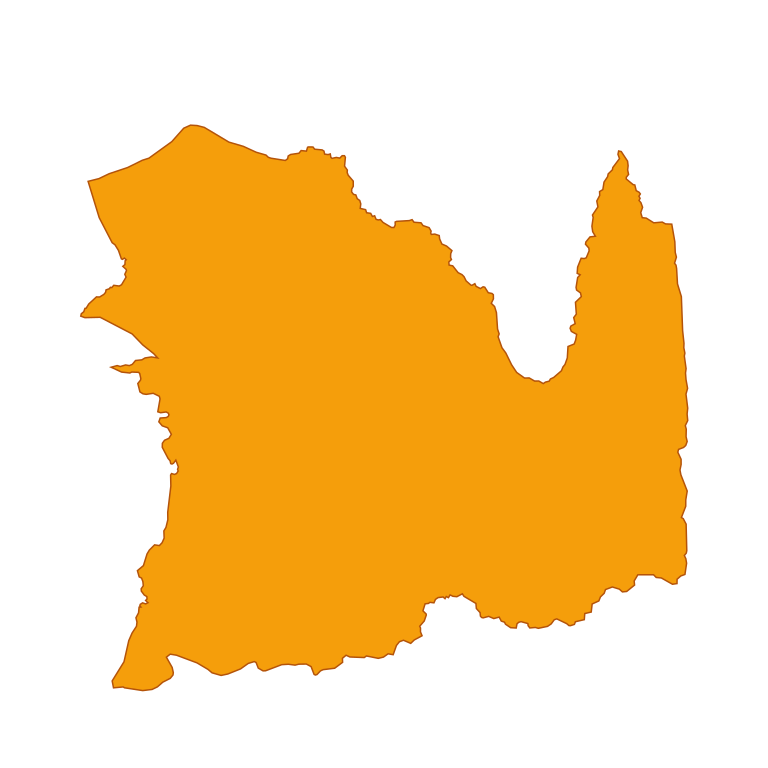 the district of Rio Quito (Paimadó), Chocó, Colombia, rotated 173°
{"feature_id": "7082276B43042384629965", "entity_name": "Rio Quito (Paimadó)", "entity_type": "district", "adm_level": 2, "iso_a3": "COL", "parent_name": "Colombia", "parent_adm1": "Chocó", "projection": "orthographic", "projection_center": [-76.811, 5.552], "detail": "fine", "context": "isolated", "style": "filled", "palette": "amber", "viewbox_px": 768, "rotation_deg": 173, "n_neighbors": 0, "source": "geoboundaries", "source_scale": "gbopen_adm2", "svg_char_len": 6134}
<svg xmlns="http://www.w3.org/2000/svg" viewBox="0 0 768 768"><g transform="rotate(173 384 384)"><path d="M653.0,621.2L646.4,583.8L636.6,557.4L634.0,554.9L631.3,549.0L629.4,540.2L628.4,539.6L626.3,540.6L624.7,538.7L625.9,537.9L626.6,534.1L628.9,532.6L626.0,529.2L625.8,527.9L627.9,524.5L627.0,521.5L632.4,514.5L634.9,513.5L640.2,514.9L642.4,512.9L643.8,513.3L645.1,512.0L648.4,511.3L649.2,508.9L651.1,507.1L655.7,505.0L658.8,505.5L667.3,499.4L670.4,495.5L671.6,495.5L673.2,492.3L675.9,490.6L676.7,488.3L672.8,486.3L657.6,484.8L627.9,464.4L618.7,452.2L608.9,442.2L605.5,437.5L611.5,439.2L618.0,439.0L621.4,437.5L627.8,437.6L631.4,434.2L634.5,433.3L638.2,434.4L643.6,433.5L646.6,434.8L652.8,433.9L643.0,427.8L634.9,425.9L632.9,426.6L626.2,425.5L625.2,424.2L624.7,419.0L625.2,417.5L628.3,414.5L627.2,405.9L624.4,403.6L621.3,402.7L614.2,402.9L608.5,399.2L608.1,396.5L611.9,384.0L609.2,382.7L603.6,382.8L601.7,381.4L601.2,379.7L602.1,378.1L604.2,377.2L610.3,377.5L612.1,373.9L609.2,369.5L604.0,366.9L601.2,360.0L604.1,356.3L608.7,354.9L611.2,352.2L611.8,348.2L607.4,336.5L605.7,333.9L605.4,331.0L604.2,330.4L602.6,331.0L599.9,333.8L598.2,326.7L599.3,324.5L598.9,322.7L600.8,320.4L603.0,319.8L605.8,321.0L606.9,319.6L608.0,308.7L614.3,283.0L615.1,275.6L617.9,268.2L620.4,265.0L621.0,257.8L623.6,253.5L626.7,251.0L631.3,252.3L637.1,247.8L639.9,244.2L644.9,233.1L651.5,228.8L650.5,222.4L648.3,220.9L647.4,217.3L647.5,213.1L650.0,210.3L650.1,208.0L647.7,203.8L645.3,201.9L645.4,199.5L647.0,198.2L644.9,195.7L647.3,194.8L650.3,196.2L652.8,195.0L653.4,193.5L652.5,192.3L654.3,192.3L655.5,186.8L658.7,182.2L658.2,177.8L659.2,173.7L664.4,167.5L668.6,160.4L675.9,140.0L690.0,122.4L689.5,115.4L679.8,115.1L678.6,114.1L660.8,109.1L651.4,109.1L645.8,111.0L639.9,115.0L632.0,117.9L628.9,120.9L628.3,123.2L628.8,128.5L633.3,139.4L629.1,141.9L623.0,140.1L603.6,130.0L593.5,122.2L589.9,118.3L581.2,114.6L574.3,115.2L561.1,118.7L552.8,123.2L546.6,124.3L544.9,123.2L543.4,117.3L539.0,114.0L536.4,113.8L519.7,117.9L513.1,117.5L506.5,115.8L502.7,116.3L495.2,115.5L490.8,112.4L488.8,104.3L487.6,103.5L485.9,103.8L482.0,107.0L479.2,107.9L467.6,107.9L459.0,112.8L458.7,116.8L454.7,119.4L451.1,117.2L436.9,114.9L434.6,116.2L423.1,112.4L417.8,113.0L412.8,115.7L407.9,114.2L403.5,123.0L400.1,126.3L395.9,127.3L389.1,123.3L385.1,126.3L376.9,129.5L378.0,133.5L377.5,137.4L378.1,139.2L372.9,143.9L370.2,149.5L370.2,150.6L373.0,154.1L370.0,160.8L366.6,160.8L365.1,161.7L361.1,160.7L359.2,163.9L356.4,165.4L351.3,165.4L349.6,163.5L348.1,165.5L346.1,164.1L344.1,166.6L341.5,164.9L337.6,164.0L331.8,166.2L330.5,163.5L319.5,155.0L319.7,149.9L316.5,145.4L316.6,141.9L315.6,140.4L314.1,139.8L308.4,140.6L303.6,137.8L298.1,138.6L296.5,134.4L293.4,132.9L292.7,130.8L288.0,126.7L282.5,125.7L281.2,129.8L279.2,131.1L276.9,131.4L270.4,128.7L270.4,126.5L269.0,124.1L263.4,123.9L260.6,122.7L251.2,123.5L247.3,125.5L243.7,129.3L241.1,129.8L231.9,123.9L229.9,121.7L228.4,121.4L224.3,122.2L223.0,124.7L213.9,125.7L212.7,131.7L206.1,132.4L204.2,140.3L197.2,142.5L195.1,146.3L191.0,149.4L189.2,153.0L182.1,154.7L175.4,151.7L172.7,148.6L168.4,148.5L159.8,153.9L159.7,158.0L155.3,163.7L139.7,161.8L137.4,158.8L132.4,157.7L122.1,150.1L117.5,150.2L116.9,154.5L112.8,157.3L108.5,158.3L105.5,169.2L105.7,173.8L106.8,177.2L104.6,179.3L103.8,181.6L101.2,208.1L103.4,213.9L105.1,215.2L99.4,225.9L98.6,232.2L96.1,240.8L100.4,257.7L100.7,262.6L98.9,267.9L98.3,273.1L100.7,280.5L99.6,283.2L94.4,284.5L92.0,286.2L90.1,290.0L90.6,294.9L89.5,302.3L90.0,306.0L87.0,310.7L86.8,317.3L85.5,323.0L85.5,337.2L83.2,342.7L83.7,351.4L83.4,358.2L82.3,362.4L82.5,375.1L81.6,378.0L82.0,383.5L81.3,387.8L81.1,400.6L78.2,434.5L80.5,447.6L79.5,463.0L79.7,466.4L80.9,468.5L78.3,474.3L78.9,479.1L78.0,489.7L78.9,507.6L85.1,508.6L88.1,510.8L96.6,511.1L103.5,516.7L107.4,517.6L108.3,522.8L105.8,527.9L106.9,532.7L108.5,535.1L107.2,537.1L108.1,539.3L106.4,541.4L107.4,543.2L110.1,545.2L110.8,551.0L112.4,551.5L118.6,558.0L118.3,559.7L115.7,562.2L116.1,566.8L115.1,570.9L115.1,575.5L120.2,585.8L122.7,586.7L123.8,583.5L122.8,579.0L130.5,571.0L131.2,568.8L135.9,565.2L136.8,562.5L141.0,557.6L143.1,550.3L146.6,548.7L146.9,544.9L150.5,539.7L150.1,533.7L156.5,526.3L156.1,523.8L158.4,515.3L158.3,509.7L156.2,504.9L161.6,504.9L166.3,500.4L167.0,498.2L164.1,493.9L164.2,491.1L167.9,484.6L170.0,484.1L173.0,484.8L177.6,476.4L178.8,470.3L176.0,468.5L178.8,466.1L181.6,456.5L181.4,453.8L177.9,450.5L177.5,446.7L184.0,441.8L184.6,429.9L187.6,426.8L186.9,420.6L191.5,418.7L192.5,416.6L191.6,413.3L186.7,409.8L188.5,404.1L190.4,400.5L196.8,398.8L198.9,387.5L202.0,381.3L204.3,379.1L206.3,375.5L214.8,369.8L218.2,368.7L219.7,366.7L223.6,366.2L225.9,365.0L230.0,368.1L234.2,368.6L239.1,372.3L243.8,372.8L250.9,379.3L255.0,387.5L259.3,399.9L262.5,405.6L265.0,417.0L263.6,419.7L264.6,424.7L263.7,441.1L264.8,447.4L267.7,451.0L265.0,455.2L264.6,459.3L265.8,460.7L269.4,461.9L272.2,467.8L273.8,468.4L276.7,467.0L280.7,469.7L281.6,472.5L284.7,471.2L285.7,471.6L289.9,476.3L291.5,480.8L293.3,483.1L296.9,485.5L301.4,492.9L304.9,494.1L304.8,497.2L301.9,499.3L302.5,501.4L301.9,505.3L300.3,508.1L305.1,513.3L309.5,515.9L311.1,521.2L311.1,524.6L315.3,526.6L318.8,526.7L319.3,528.1L318.6,530.0L320.2,533.7L326.0,536.5L327.6,539.5L334.5,540.9L336.1,543.7L339.0,543.1L351.7,543.9L353.2,543.4L353.5,540.3L355.1,538.1L357.6,538.5L365.3,544.5L367.5,547.7L369.6,547.5L371.8,548.4L372.8,552.1L375.1,551.7L376.4,555.0L380.4,556.1L381.0,559.3L386.2,561.2L385.1,565.6L385.7,569.1L388.0,571.2L388.9,575.1L391.1,575.9L392.7,578.5L392.3,581.4L390.4,584.0L389.8,589.1L394.1,595.6L394.8,598.5L394.3,600.8L396.6,605.0L394.7,613.7L395.4,615.4L397.7,615.7L400.4,613.6L403.7,614.7L408.1,614.3L409.1,615.4L409.3,618.9L411.5,618.5L414.9,619.4L415.2,622.5L416.9,623.9L424.2,625.5L425.6,627.9L430.2,628.5L431.0,628.3L432.6,624.6L437.8,625.8L440.3,623.4L448.7,623.2L451.3,622.0L452.2,619.3L454.7,617.9L468.7,621.9L471.2,623.1L473.2,625.6L482.6,629.6L494.6,637.0L508.5,643.0L531.1,660.6L538.0,663.3L544.5,664.5L551.6,662.3L565.1,650.4L589.8,636.8L596.7,635.5L612.1,630.1L631.2,626.2L641.9,622.6L653.0,621.2Z" fill="#f59e0b" stroke="#b45309" stroke-width="1.5"/></g></svg>